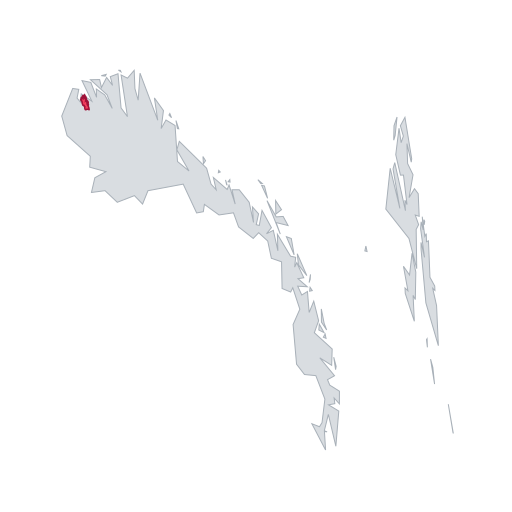 location of Hjelmeland nor, Rogaland, Norway, rotated 82°
{"feature_id": "86288312B13309254360301", "entity_name": "Hjelmeland nor", "entity_type": "district", "adm_level": 2, "iso_a3": "NOR", "parent_name": "Norway", "parent_adm1": "Rogaland", "projection": "equal_earth", "projection_center": [6.272, 59.206], "detail": "fine", "context": "in_parent", "style": "filled", "palette": "rose", "viewbox_px": 512, "rotation_deg": 82, "n_neighbors": 0, "source": "geoboundaries", "source_scale": "gbopen_adm2", "svg_char_len": 6573}
<svg xmlns="http://www.w3.org/2000/svg" viewBox="0 0 512 512"><g transform="rotate(82 256 256)"><path d="M314.8,220.0L292.6,224.0L296.5,226.7L291.8,234.7L265.3,231.5L260.4,241.1L242.8,242.3L233.3,250.1L238.2,256.3L224.8,269.2L210.1,272.3L210.2,286.9L197.7,299.9L204.8,302.0L205.1,308.8L174.7,318.1L176.3,353.9L188.8,361.1L179.3,368.0L183.5,385.9L170.3,396.4L170.2,410.1L156.1,404.7L151.6,392.9L144.9,408.3L134.2,406.2L110.5,426.3L90.4,428.9L64.6,414.2L66.3,408.3L74.7,411.2L79.2,408.5L71.1,406.5L79.9,397.0L58.1,403.9L61.1,395.4L76.7,391.8L68.4,390.9L75.4,383.4L89.9,377.8L75.6,381.1L58.4,395.4L59.5,386.3L67.7,385.6L58.4,379.1L67.1,374.3L58.1,375.3L56.3,367.3L90.6,369.0L100.1,363.9L58.0,364.4L62.0,358.5L55.2,350.8L73.4,352.6L85.3,351.0L58.8,345.4L107.9,334.4L85.3,334.6L99.1,327.4L116.6,332.2L108.8,326.2L115.5,318.0L151.5,320.6L162.5,310.5L139.9,319.6L131.8,316.0L162.2,292.7L178.6,290.5L184.9,286.2L172.3,287.3L186.1,275.3L181.9,272.8L201.7,269.4L187.1,270.5L188.1,263.4L201.8,255.3L222.4,253.8L206.9,252.7L214.6,247.6L225.0,251.4L226.2,248.5L211.7,243.7L230.1,236.8L235.4,242.5L233.0,235.3L253.9,233.6L237.5,231.8L261.0,221.8L262.8,216.9L272.4,219.3L268.3,216.6L284.2,211.7L284.3,217.6L293.6,209.5L291.7,218.9L301.0,216.1L298.3,210.0L319.3,211.2L308.8,205.1L328.8,203.0L340.1,208.9L358.7,193.5L374.8,196.3L365.7,207.0L385.5,194.9L388.4,202.4L394.2,200.9L401.5,192.2L414.0,194.0L407.5,198.4L413.2,198.5L413.5,204.9L421.1,195.6L455.5,203.4L422.9,206.4L438.4,212.6L457.8,214.1L429.9,224.0L433.9,216.9L430.2,213.8L407.3,207.7L382.8,213.4L380.1,224.5L368.8,230.9L329.0,228.8L314.8,220.0ZM216.9,86.7L239.4,88.9L237.6,92.6L247.6,90.6L252.0,93.7L290.9,98.6L259.9,102.1L227.6,120.9L187.8,110.9L228.9,106.9L188.9,108.2L182.8,105.6L231.9,101.7L221.5,100.8L226.1,99.3L196.4,98.7L196.0,101.7L175.1,103.5L149.4,96.6L164.0,96.5L157.8,93.4L147.1,94.9L139.4,89.2L181.4,88.3L184.7,89.2L165.7,90.9L185.6,93.0L197.4,89.2L219.5,96.3L211.4,89.7L216.9,86.7ZM265.0,83.1L301.3,86.7L310.6,83.2L315.0,83.6L312.6,85.5L330.3,84.1L370.2,87.9L326.1,94.3L272.0,91.6L265.5,90.7L280.8,89.3L251.9,89.2L245.1,87.7L253.4,86.8L240.2,85.9L260.1,86.1L257.5,84.3L265.6,85.2L265.0,83.1ZM294.3,100.0L321.3,104.3L316.8,105.9L342.7,108.3L313.8,113.4L308.4,112.9L311.6,110.4L286.7,111.4L296.2,106.6L275.0,101.1L294.3,100.0ZM225.7,231.4L237.7,228.9L202.7,237.4L220.1,230.5L220.6,223.6L230.3,220.0L225.7,231.4ZM243.6,218.6L260.2,218.1L241.1,223.2L243.6,218.6ZM259.5,214.8L282.5,208.4L270.7,215.2L259.5,214.8ZM138.0,97.0L156.2,101.5L160.5,103.5L146.2,101.2L138.0,97.0ZM213.7,224.3L217.2,230.5L203.8,228.9L213.7,224.3ZM339.1,196.3L330.6,200.4L317.5,198.7L332.2,197.9L339.1,196.3ZM341.3,199.3L338.0,204.1L332.3,202.8L341.3,199.3ZM187.8,237.9L200.5,236.5L186.8,240.6L187.8,237.9ZM458.2,85.5L429.5,86.2L459.2,85.3L458.2,85.5ZM390.9,96.4L407.7,97.0L382.4,97.5L390.9,96.4ZM367.0,193.1L376.4,192.0L379.6,193.0L367.0,193.1ZM347.3,198.1L345.8,200.6L342.9,198.4L347.3,198.1ZM298.1,205.1L298.3,207.8L294.5,206.8L298.1,205.1ZM267.0,145.4L266.1,147.5L261.4,145.8L267.0,145.4ZM370.3,99.0L362.5,98.8L361.7,98.1L370.3,99.0ZM154.6,292.7L157.3,295.2L150.1,294.7L154.6,292.7ZM281.8,204.6L286.7,205.6L289.7,207.1L281.8,204.6ZM245.1,84.1L248.5,85.1L243.4,84.7L245.1,84.1ZM118.9,316.1L110.7,316.4L119.3,314.8L118.9,316.1ZM107.3,320.4L104.3,322.6L102.9,321.5L107.3,320.4ZM184.8,241.3L180.7,243.5L185.1,239.7L184.8,241.3ZM56.9,380.3L55.9,384.1L55.3,379.1L56.9,380.3ZM178.6,273.3L176.7,271.3L179.2,271.4L178.6,273.3ZM440.0,210.1L439.5,212.3L439.0,211.9L440.0,210.1ZM181.0,275.2L176.4,275.6L182.0,274.7L181.0,275.2ZM167.8,279.7L168.3,281.7L166.0,281.0L167.8,279.7ZM54.8,364.1L52.8,366.4L53.3,364.5L54.8,364.1Z" fill="#d9dde1" stroke="#a8b0b8" stroke-width="1"/><path d="M87.4,404.6L87.4,403.4L87.1,403.0L87.3,402.0L87.4,401.8L87.4,401.7L87.5,401.6L87.7,401.4L87.7,401.1L87.8,401.0L87.8,400.9L86.8,401.0L86.6,401.0L86.5,400.9L86.4,400.8L86.0,400.9L85.1,401.1L84.9,401.1L84.4,401.2L84.0,401.4L83.7,401.5L83.6,401.3L83.6,401.2L83.2,401.0L83.1,400.9L82.9,400.9L82.8,401.2L81.5,401.0L81.3,400.9L81.1,400.9L80.9,400.8L80.7,400.8L80.7,401.0L80.4,401.1L79.9,401.2L79.7,401.0L79.7,400.9L79.3,401.0L79.2,401.1L79.3,401.2L79.1,401.3L78.7,401.5L78.8,401.6L78.7,401.6L78.6,401.8L78.5,402.0L78.4,402.3L78.1,402.3L77.8,402.3L77.7,402.3L77.4,402.2L77.4,402.3L77.3,402.2L77.2,402.2L76.4,402.2L75.8,402.3L75.3,402.2L75.1,402.2L74.9,402.3L75.0,402.5L75.2,402.8L75.3,402.8L75.5,402.9L75.6,403.2L75.8,403.2L76.1,403.1L76.3,402.9L76.5,402.9L77.1,402.8L77.5,402.7L77.9,402.5L78.0,402.5L78.3,402.5L78.5,402.3L78.9,402.1L79.0,402.0L79.5,401.9L80.3,401.8L80.7,401.9L80.9,401.9L81.1,401.9L81.3,401.9L81.4,402.0L81.6,402.0L82.1,402.0L82.4,401.9L82.5,401.9L82.5,402.0L82.2,402.1L81.5,402.1L81.4,402.0L81.0,402.0L80.2,402.1L79.6,402.3L79.3,402.3L79.1,402.5L78.6,402.6L78.6,402.8L78.7,403.0L78.5,402.9L78.4,402.9L78.1,402.8L77.9,402.8L77.6,403.0L77.3,403.0L77.0,403.0L76.9,403.0L76.7,403.1L76.2,403.2L76.2,403.3L76.1,403.6L75.9,403.7L75.7,403.8L75.6,403.7L75.5,403.8L75.4,403.8L75.3,404.0L75.2,404.0L74.9,404.1L74.7,404.0L74.4,404.3L74.5,404.3L74.7,404.5L74.4,404.5L74.2,404.6L74.2,404.8L73.9,404.9L73.9,405.0L73.7,405.1L73.5,405.3L73.4,405.5L73.5,405.6L73.8,405.7L74.0,405.7L74.3,405.5L74.6,405.4L74.8,405.5L74.7,405.5L74.8,405.5L75.0,405.6L75.3,405.5L75.8,405.4L75.9,405.6L76.0,405.6L75.9,405.7L75.4,405.7L75.4,405.8L75.5,405.9L75.6,406.2L75.7,406.3L75.3,406.4L75.2,406.5L75.3,406.6L74.9,406.8L75.0,406.9L75.0,407.0L75.4,407.3L75.8,407.2L76.1,407.2L76.2,407.3L76.4,407.3L76.5,407.4L76.5,407.5L76.8,407.8L77.0,407.6L77.4,407.6L77.6,407.6L77.8,407.5L77.7,407.4L77.8,407.4L78.1,407.4L78.3,407.1L78.2,407.0L78.7,406.8L79.1,406.8L79.3,406.7L79.8,406.7L80.1,406.8L80.2,406.7L80.4,406.7L80.4,406.9L80.7,406.8L81.1,406.8L81.2,406.7L82.0,406.6L82.4,406.5L82.4,406.4L82.6,406.3L82.6,406.2L82.8,405.6L83.1,405.7L83.3,405.6L83.5,405.5L83.5,405.4L83.5,405.1L83.8,405.0L83.9,404.9L84.3,404.7L84.5,404.9L85.3,404.9L85.5,405.0L85.9,405.0L86.7,404.9L87.1,404.8L87.4,404.6ZM73.0,403.7L73.3,403.7L73.7,403.6L73.8,403.6L74.0,403.6L74.4,403.4L74.6,403.4L74.8,403.2L74.7,402.9L74.5,402.7L74.1,402.6L73.9,402.7L73.9,402.8L73.8,403.0L73.7,403.0L73.3,403.3L73.1,403.2L72.6,403.3L72.8,403.5L73.0,403.7ZM74.2,403.8L73.8,404.0L73.7,404.1L73.2,404.1L72.9,404.2L72.9,404.3L73.0,404.4L73.3,404.5L73.2,404.5L73.3,404.7L73.1,404.6L73.1,404.8L73.3,404.8L73.3,404.7L73.5,404.6L73.5,404.8L73.7,404.7L73.8,404.6L73.8,404.4L73.9,404.5L74.0,404.5L74.0,404.4L74.3,404.3L74.3,404.2L74.5,404.1L74.7,403.9L74.6,403.7L74.3,403.8L74.2,403.8L74.2,403.8Z" fill="#f43f5e" stroke="#9f1239" stroke-width="1.5"/></g></svg>